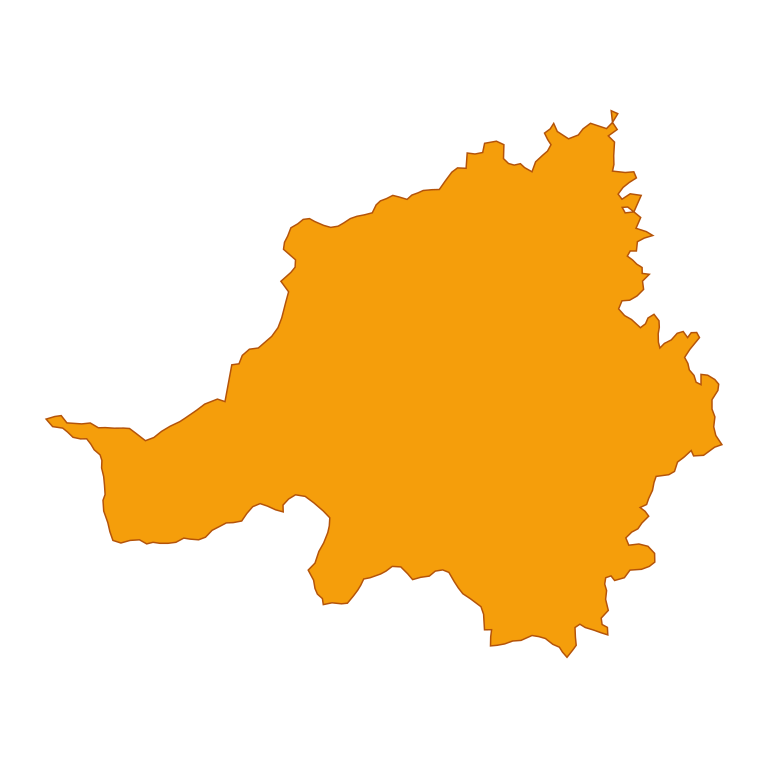 outline of Tatuí, São Paulo, Brazil
{"feature_id": "56859067B62823309489019", "entity_name": "Tatuí", "entity_type": "district", "adm_level": 2, "iso_a3": "BRA", "parent_name": "Brazil", "parent_adm1": "São Paulo", "projection": "mercator", "projection_center": [-47.867, -23.355], "detail": "fine", "context": "isolated", "style": "filled", "palette": "amber", "viewbox_px": 768, "rotation_deg": 0, "n_neighbors": 0, "source": "geoboundaries", "source_scale": "gbopen_adm2", "svg_char_len": 4091}
<svg xmlns="http://www.w3.org/2000/svg" viewBox="0 0 768 768"><path d="M633.9,211.9L641.2,195.4L630.2,193.8L622.0,199.2L618.1,194.1L623.1,187.4L629.2,182.5L636.4,177.9L633.8,171.8L625.2,172.5L612.5,171.1L613.9,164.5L613.7,155.7L614.5,142.1L608.3,135.9L617.2,129.5L612.5,122.4L606.5,128.6L597.7,125.7L590.5,123.3L583.0,128.9L578.3,135.0L568.5,138.8L557.3,131.5L553.7,123.4L550.2,128.9L544.5,133.1L547.7,139.6L551.0,144.7L547.5,151.1L542.6,155.3L535.6,161.8L532.0,171.8L524.6,167.6L520.4,163.7L514.2,165.1L508.5,163.5L503.5,158.6L503.9,144.7L496.4,141.2L484.6,143.3L482.7,152.5L475.0,154.0L467.2,153.0L466.1,168.3L457.5,167.9L451.8,172.2L445.4,180.8L439.3,189.5L432.1,189.7L423.2,190.5L418.1,192.8L411.8,195.1L407.1,199.4L399.1,197.0L392.8,195.4L386.5,198.6L380.4,200.9L376.2,204.8L372.3,212.8L364.6,214.8L356.9,216.3L350.3,218.6L343.8,222.9L338.1,226.2L330.7,227.4L323.7,225.4L314.7,221.5L309.5,218.6L303.2,219.4L297.8,223.8L290.9,227.8L287.7,236.1L284.5,242.3L283.5,249.3L295.5,259.8L295.1,267.2L290.9,272.4L280.9,281.3L284.8,286.6L288.6,291.8L285.9,301.7L283.8,309.9L281.7,318.0L278.0,327.7L271.7,336.4L258.3,348.0L249.4,349.2L242.3,355.4L239.0,363.8L231.8,364.8L225.0,401.6L217.4,399.1L204.7,404.1L196.8,410.1L189.7,415.0L184.6,418.5L179.7,421.7L170.2,426.2L161.5,431.4L153.9,437.5L145.4,440.7L136.3,433.6L129.5,428.5L123.6,428.1L114.1,428.2L105.2,427.6L98.4,427.8L90.3,423.0L81.7,423.9L66.9,422.9L61.2,415.6L54.8,416.5L46.1,419.1L52.6,426.6L62.7,428.1L67.5,432.0L73.0,437.3L80.5,438.9L86.7,438.8L90.8,444.1L94.2,449.8L100.1,454.9L101.9,460.5L101.6,467.9L103.7,476.7L104.5,485.2L105.1,494.5L103.0,500.3L103.7,511.0L107.8,522.6L109.9,531.7L112.9,540.4L120.9,543.0L130.1,540.4L139.5,539.8L146.7,543.9L153.0,542.3L159.8,543.3L168.1,543.3L175.9,542.3L183.8,538.1L190.0,539.1L198.6,539.8L205.5,537.2L212.1,530.3L219.5,526.5L226.3,522.9L233.3,522.6L241.7,521.0L246.8,513.5L252.7,506.7L260.1,503.6L267.5,506.1L275.6,509.8L283.2,511.9L283.0,505.1L288.6,499.0L295.5,494.8L305.2,496.4L313.8,502.8L323.3,511.0L329.8,517.8L329.3,525.9L327.8,532.6L323.7,542.9L318.9,551.4L315.0,563.1L308.2,570.1L313.6,580.2L315.0,588.5L317.4,594.1L322.4,598.6L323.3,604.6L332.0,602.8L341.5,603.8L347.4,603.2L353.6,595.7L357.7,590.2L360.8,585.1L363.7,579.0L370.2,577.7L380.6,574.0L386.0,571.1L392.2,566.4L400.8,566.9L407.7,573.8L412.6,579.6L420.7,577.3L429.3,576.1L435.3,571.1L442.7,569.9L448.9,572.4L454.3,581.7L458.3,587.9L462.8,593.7L470.2,598.6L481.0,606.7L483.6,614.3L484.0,621.3L484.5,629.8L491.6,629.7L490.7,636.8L490.5,645.9L497.1,645.3L504.7,643.9L512.7,641.0L521.0,640.4L532.0,635.5L538.8,636.6L545.4,638.5L552.8,644.3L559.4,647.2L562.5,652.1L567.0,657.3L572.7,650.1L576.2,645.3L575.4,637.1L575.0,627.5L579.9,624.2L585.2,627.5L593.4,630.0L600.9,632.7L607.8,634.9L607.4,627.4L602.1,624.5L601.2,618.1L608.3,610.4L605.6,599.3L606.6,590.6L604.7,584.1L605.7,577.7L611.0,575.9L614.6,580.5L624.4,577.7L630.0,570.1L641.5,569.3L649.3,566.4L654.8,562.1L654.6,553.4L648.0,546.3L638.9,544.0L628.8,545.2L625.8,537.9L631.7,532.1L637.9,528.8L641.9,523.0L648.7,516.2L645.1,511.3L640.1,507.5L646.6,504.5L648.7,498.4L652.5,490.3L654.0,482.5L656.1,476.4L668.8,474.7L674.5,471.4L677.5,462.1L684.3,456.9L691.2,450.5L693.6,455.9L703.6,455.3L710.1,450.5L714.6,447.2L721.9,444.6L715.8,435.5L713.7,426.8L714.9,416.9L712.0,409.1L712.0,399.7L717.9,390.4L718.7,384.2L714.9,379.6L707.7,375.2L701.0,374.4L701.0,384.7L696.1,382.2L694.0,375.4L689.3,369.9L687.9,363.5L684.6,357.4L689.9,349.3L699.5,337.6L696.7,332.5L691.2,332.7L687.6,337.6L683.2,331.5L677.2,333.3L671.3,339.9L664.4,343.4L659.9,348.0L658.4,342.2L658.2,333.7L659.3,327.3L659.0,320.8L654.0,314.3L648.0,318.0L645.5,323.8L640.4,327.7L631.5,319.5L624.6,315.6L618.6,308.9L622.0,300.8L629.7,300.2L637.1,295.9L643.6,289.4L642.5,281.1L649.3,274.3L642.2,273.4L642.1,267.5L636.8,264.2L632.6,260.0L627.3,256.1L630.2,251.0L636.4,251.0L637.4,241.7L644.2,238.1L652.8,235.5L646.3,231.6L636.0,228.3L640.7,217.5L633.9,211.9ZM633.9,211.9L625.2,212.9L622.2,207.4L627.7,207.0L633.9,211.9ZM612.5,122.4L617.8,113.7L611.2,110.7L612.5,122.4Z" fill="#f59e0b" stroke="#b45309" stroke-width="1.5"/></svg>